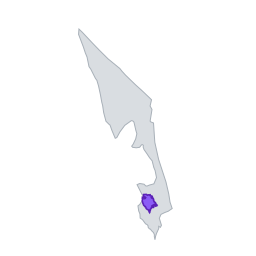 Kinneret, HaZafon, Israel shown in context, rotated 150°
{"feature_id": "584046B15624900320210", "entity_name": "Kinneret", "entity_type": "district", "adm_level": 2, "iso_a3": "ISR", "parent_name": "Israel", "parent_adm1": "HaZafon", "projection": "equal_earth", "projection_center": [35.507, 32.776], "detail": "fine", "context": "in_parent", "style": "filled", "palette": "violet", "viewbox_px": 256, "rotation_deg": 150, "n_neighbors": 0, "source": "geoboundaries", "source_scale": "gbopen_adm2", "svg_char_len": 4893}
<svg xmlns="http://www.w3.org/2000/svg" viewBox="0 0 256 256"><g transform="rotate(150 128 128)"><path d="M160.5,17.8L159.5,20.8L158.5,22.4L158.2,24.7L158.8,26.7L159.2,29.3L159.9,30.0L160.2,31.8L159.5,33.5L159.8,34.9L160.7,36.2L161.3,41.4L162.5,43.9L160.6,47.7L160.2,50.8L158.3,55.6L156.1,55.9L150.9,58.5L150.2,59.3L149.3,60.8L149.2,61.9L148.5,74.4L145.6,74.1L142.2,71.3L141.6,69.0L140.5,68.2L138.1,67.9L133.5,66.7L128.1,70.8L125.8,77.6L125.4,80.8L123.5,87.5L124.2,91.6L124.5,96.9L124.9,101.3L124.4,103.9L123.4,105.3L123.7,106.3L124.6,106.7L127.6,105.5L130.7,106.7L133.6,108.9L133.9,110.4L131.8,111.3L126.8,114.7L123.2,118.6L122.3,122.3L119.9,130.1L120.3,131.7L121.4,132.7L129.5,131.9L136.9,128.7L142.5,125.3L144.2,125.5L143.1,134.1L142.1,139.5L142.5,140.4L143.7,144.9L141.4,153.4L138.7,160.2L137.8,163.5L135.2,170.7L132.5,179.1L131.1,184.9L131.4,187.0L130.8,197.6L131.1,200.6L128.0,209.9L127.4,214.4L126.1,220.6L124.0,233.8L121.0,238.2L119.6,233.3L116.3,219.2L113.9,209.6L110.7,197.8L105.3,183.5L104.8,180.0L103.7,175.0L100.0,162.0L97.0,152.7L93.5,140.7L97.9,136.0L98.0,132.0L105.4,122.9L105.3,122.0L103.4,119.6L103.6,119.2L111.9,102.3L117.2,85.5L122.1,62.3L125.7,50.5L128.7,42.7L130.0,36.2L134.8,35.8L138.3,36.4L142.6,36.7L146.0,34.2L147.7,27.0L149.6,25.8L150.6,27.5L151.6,25.6L156.1,22.4L158.3,20.4L160.5,17.8Z" fill="#d9dde1" stroke="#a8b0b8" stroke-width="1"/><path d="M141.4,46.8L141.5,47.1L141.6,47.3L141.6,47.5L141.6,47.8L141.6,48.0L141.8,48.4L141.9,48.5L141.9,48.8L141.7,49.0L141.6,49.4L141.5,49.7L141.6,49.8L141.7,50.0L141.8,50.1L141.9,50.3L142.0,50.4L142.1,50.5L142.3,50.7L142.3,50.9L142.3,51.1L142.3,51.3L142.1,51.4L141.9,51.4L141.9,51.5L142.0,51.6L142.1,51.8L142.1,52.1L142.1,52.3L142.0,52.6L142.0,52.9L142.0,53.1L141.9,53.2L141.7,53.2L141.5,53.3L141.4,53.4L141.4,53.7L141.4,53.9L141.5,54.0L141.6,54.4L141.5,54.5L141.4,54.6L141.4,54.8L141.4,55.1L141.5,55.2L141.8,55.1L142.0,55.1L142.1,55.3L142.5,55.4L142.6,55.5L142.7,56.0L142.3,56.1L142.2,55.9L141.8,55.9L141.5,55.9L141.4,56.1L141.2,56.4L141.2,56.6L141.2,57.0L141.3,57.1L141.5,57.3L141.7,57.5L141.9,57.6L142.0,57.6L142.1,57.8L142.3,57.8L142.5,58.1L142.7,58.3L142.7,58.6L142.4,58.8L142.2,58.8L142.1,59.1L142.2,59.3L142.3,59.3L142.4,59.2L142.5,59.1L142.8,59.2L142.9,59.3L143.1,59.4L143.2,59.5L143.3,59.5L143.5,59.8L143.8,60.0L144.0,60.0L144.1,59.9L144.3,59.9L144.5,60.0L144.9,60.0L145.0,60.1L145.0,60.5L145.0,61.0L145.3,61.3L145.4,61.5L145.5,61.6L146.0,61.7L146.3,61.8L146.6,62.0L146.8,62.2L147.0,62.2L147.3,62.4L147.5,62.4L147.6,62.5L147.9,62.7L148.0,62.6L148.0,62.3L148.0,62.1L148.2,61.9L148.3,61.7L148.5,61.2L148.5,60.9L148.7,60.7L148.7,60.3L148.6,60.1L148.4,60.0L148.1,60.0L147.9,60.0L147.8,59.9L147.8,59.7L147.7,59.6L147.6,59.4L147.7,59.2L147.8,59.0L147.8,58.8L147.7,58.7L148.0,58.6L148.2,58.4L148.4,58.4L148.6,58.4L148.8,58.4L148.8,58.5L148.7,58.6L148.7,58.8L148.8,59.0L149.0,59.3L149.1,59.5L149.3,59.6L149.4,59.8L149.3,60.0L149.2,60.1L149.2,60.5L149.4,60.7L149.5,60.7L149.8,60.5L150.0,60.7L150.1,60.3L150.2,60.2L150.3,60.1L150.5,60.2L150.8,60.2L150.8,59.8L150.8,59.7L150.6,59.5L150.5,59.4L150.5,59.2L150.8,58.9L151.0,58.7L151.4,58.7L151.5,58.7L151.7,58.4L151.8,58.3L151.9,58.2L152.0,57.9L152.1,57.7L152.1,57.3L152.2,57.2L152.3,56.9L152.5,56.8L152.5,56.7L152.5,56.2L152.6,55.9L152.7,55.7L152.7,55.4L152.7,55.2L152.9,55.0L152.9,54.8L152.8,54.7L152.7,54.6L152.7,54.4L152.9,54.3L152.9,54.2L152.9,53.8L153.0,53.6L153.1,53.4L153.1,53.2L152.9,52.6L152.7,52.3L152.7,52.0L152.7,51.4L152.4,51.3L152.3,51.2L152.2,51.2L152.2,50.2L152.3,50.0L152.4,49.9L152.5,49.8L152.5,49.7L152.5,49.4L152.5,48.9L152.4,48.8L152.3,48.6L152.2,48.3L152.2,48.1L152.1,47.8L151.9,47.7L151.7,47.4L151.6,47.1L151.4,46.9L151.2,46.8L151.1,46.7L151.0,46.4L151.2,46.2L151.3,46.1L151.5,45.9L151.5,45.7L151.4,45.6L151.4,45.3L151.4,45.2L151.5,45.0L151.7,44.8L151.7,44.6L151.6,44.3L151.6,43.9L151.3,44.1L151.2,44.1L151.0,44.3L151.0,44.7L151.0,44.8L150.8,44.9L150.7,45.1L150.4,45.1L150.3,45.3L150.2,45.3L149.9,45.4L149.9,45.6L149.9,45.8L149.7,46.0L149.6,46.3L149.4,46.5L149.2,46.5L149.1,46.4L148.9,46.4L148.8,46.5L148.6,46.5L148.4,46.8L148.2,46.8L147.9,46.8L147.8,47.2L147.7,47.3L147.4,47.5L147.3,47.4L147.2,47.4L147.2,47.1L146.9,47.0L146.7,47.1L146.3,47.0L146.2,47.0L146.2,46.9L145.9,46.7L145.7,46.5L145.4,46.9L145.2,46.7L145.1,46.8L145.3,47.0L145.2,47.4L145.3,47.6L145.4,47.8L145.5,47.9L145.5,48.0L145.8,48.2L146.1,48.2L146.3,48.3L146.3,48.6L146.2,48.6L146.0,48.4L145.9,48.4L145.7,48.5L145.4,48.7L145.2,48.7L144.9,48.7L144.7,48.4L144.4,48.6L144.1,48.7L143.9,48.5L143.8,48.4L143.7,48.3L143.7,48.2L143.4,48.2L143.4,48.3L143.3,48.5L143.2,48.6L143.0,48.4L142.9,48.3L142.9,48.1L143.0,48.0L143.0,47.9L142.9,47.8L142.8,47.7L143.0,47.7L143.4,47.7L143.5,47.7L143.6,47.2L143.4,46.9L143.4,46.7L143.2,46.5L143.1,46.3L142.7,46.3L142.4,46.5L142.2,46.5L141.9,46.5L141.9,46.4L141.7,46.3L141.6,46.5L141.6,46.8L141.4,46.8Z" fill="#8b5cf6" stroke="#5b21b6" stroke-width="1.5"/></g></svg>